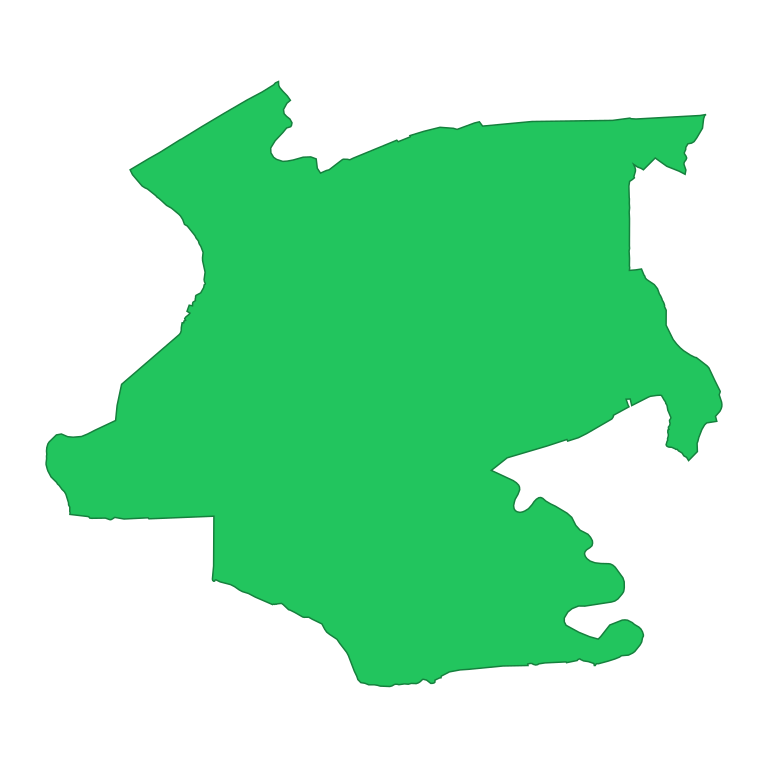 outline of Dolhasca, Suceava, Romania
{"feature_id": "2599482B12966285946055", "entity_name": "Dolhasca", "entity_type": "district", "adm_level": 2, "iso_a3": "ROU", "parent_name": "Romania", "parent_adm1": "Suceava", "projection": "equal_earth", "projection_center": [26.629, 47.417], "detail": "fine", "context": "isolated", "style": "filled", "palette": "green", "viewbox_px": 768, "rotation_deg": 0, "n_neighbors": 0, "source": "geoboundaries", "source_scale": "gbopen_adm2", "svg_char_len": 6088}
<svg xmlns="http://www.w3.org/2000/svg" viewBox="0 0 768 768"><path d="M130.1,169.8L132.5,174.7L142.1,186.0L144.9,187.8L147.4,188.9L156.0,195.8L156.8,196.9L159.1,198.5L166.6,205.4L171.4,208.1L178.9,214.3L180.5,216.0L182.7,219.5L184.5,224.4L187.3,226.0L195.0,235.7L196.2,238.2L198.3,240.8L199.2,243.8L200.9,246.5L203.1,252.4L202.5,257.8L202.6,260.7L205.1,272.2L204.1,279.5L204.4,281.5L205.3,283.4L205.1,284.2L204.2,284.8L203.7,287.5L200.7,292.9L196.1,295.3L195.6,296.1L195.6,297.4L195.2,299.3L195.5,300.2L195.2,300.7L193.0,302.2L192.6,303.4L192.5,305.8L189.2,305.2L187.0,311.3L190.0,313.1L188.9,314.5L186.0,316.8L184.7,318.5L184.7,318.8L185.6,320.2L184.0,321.0L183.7,322.8L182.1,322.8L181.3,327.6L181.2,330.9L180.3,333.3L179.1,334.7L121.6,384.3L117.1,405.5L115.6,420.5L94.8,430.3L87.6,434.0L81.5,436.5L73.1,437.2L67.7,436.7L61.4,434.0L56.4,434.9L49.2,441.9L47.9,443.9L46.8,447.6L46.5,451.1L46.8,454.5L46.5,456.0L46.6,458.8L46.1,462.8L46.1,464.6L47.2,468.9L48.0,471.2L51.1,477.0L56.6,482.4L57.5,484.0L59.2,485.5L62.0,489.4L64.4,491.7L65.9,494.3L68.5,502.7L68.6,504.9L69.8,507.2L69.8,511.5L70.1,512.6L69.9,514.4L87.7,516.5L88.7,516.7L89.8,518.1L91.7,518.3L105.4,518.1L109.6,519.6L110.7,519.7L111.6,519.4L114.8,517.4L124.0,519.0L148.1,517.8L148.9,518.8L213.9,516.2L213.6,566.0L212.4,579.1L212.7,580.4L213.6,581.2L214.6,581.1L215.1,580.1L215.9,579.8L220.2,581.9L230.6,584.6L234.5,586.6L239.2,589.9L242.4,591.6L248.5,593.5L255.3,597.1L272.6,604.6L273.6,604.1L274.8,604.4L275.9,604.0L276.3,604.2L277.6,603.8L281.5,603.4L283.1,604.5L288.6,609.7L290.3,610.2L294.7,612.4L302.7,617.0L304.1,617.3L308.7,617.2L312.2,619.2L321.9,623.9L324.8,629.4L326.7,632.1L329.6,634.4L337.0,639.3L339.7,643.3L346.7,652.4L348.4,655.6L354.3,671.1L356.8,676.3L357.9,679.6L360.8,682.6L365.0,683.3L368.7,684.8L374.4,684.8L377.5,685.3L380.2,686.1L389.8,686.5L392.0,685.9L394.2,684.6L395.6,684.2L397.4,684.3L398.9,684.7L404.4,683.9L408.4,684.2L411.2,683.4L416.3,683.6L418.5,682.8L420.3,681.6L422.6,679.4L423.4,679.3L426.6,680.1L430.8,683.4L432.8,683.3L434.1,682.9L434.9,682.2L435.0,680.1L439.6,677.9L441.0,677.8L441.3,676.1L449.4,671.9L460.1,669.9L468.9,669.3L502.9,666.0L528.0,665.5L527.7,664.0L530.2,663.4L532.4,663.6L533.1,664.3L535.7,665.0L537.8,664.6L538.6,663.9L545.0,662.9L566.0,661.9L566.5,662.7L577.2,660.5L578.0,659.5L579.8,658.8L580.6,659.5L583.6,660.9L588.3,661.6L593.9,663.5L594.3,665.5L595.2,665.5L596.4,663.7L598.6,663.7L607.9,661.2L615.1,658.9L619.5,657.1L621.5,655.7L628.5,655.1L632.8,653.0L634.8,651.5L640.1,644.9L641.7,642.0L642.5,637.9L643.4,636.1L643.4,634.8L642.5,631.8L640.9,629.0L638.9,627.1L634.5,624.5L632.3,622.6L627.6,620.2L625.0,619.9L622.2,620.1L609.8,625.0L600.7,636.6L598.2,639.1L589.6,636.7L578.9,632.3L566.1,625.3L564.3,621.8L564.3,618.0L567.8,612.1L572.1,608.6L578.6,606.0L584.9,606.1L611.5,602.0L614.9,601.0L618.0,598.9L622.3,593.8L623.6,591.7L624.0,589.8L624.3,587.4L624.2,581.8L622.9,577.8L615.2,567.2L612.9,565.2L610.5,564.0L608.6,563.7L600.9,563.5L595.0,562.8L590.2,561.1L587.0,558.7L585.3,556.4L584.5,553.9L585.0,551.8L586.5,549.9L590.1,547.5L592.0,545.7L592.6,543.2L592.4,540.8L590.6,537.4L588.0,534.3L580.1,530.2L575.8,525.4L571.8,517.4L567.1,513.2L555.4,506.2L550.6,503.9L545.9,501.1L542.7,498.3L540.8,497.5L538.8,497.7L536.4,499.2L534.1,501.6L532.2,504.5L528.5,508.7L525.0,510.9L522.6,511.9L520.0,512.4L517.2,511.8L515.3,510.6L514.1,508.7L513.6,505.7L514.3,502.3L515.1,499.4L518.0,494.3L519.7,489.8L519.5,487.1L518.7,485.2L516.4,482.8L513.2,480.6L491.3,470.4L507.2,457.8L547.4,445.9L566.9,439.5L567.7,441.1L578.4,437.7L586.6,433.6L611.8,419.0L613.0,417.3L613.5,416.0L613.4,415.3L629.0,406.8L628.1,405.1L626.1,399.2L630.2,399.0L631.7,405.6L648.4,397.1L650.4,396.3L656.8,395.4L660.4,395.2L661.5,395.5L664.3,400.3L665.5,401.9L665.7,403.2L667.0,405.4L667.8,410.1L670.9,417.5L670.7,418.5L669.5,420.3L669.7,422.2L670.1,423.2L669.7,425.3L668.4,427.1L668.5,428.6L669.0,429.4L667.9,430.0L667.8,432.4L668.3,434.3L668.3,436.0L667.5,438.7L667.7,440.4L667.1,441.2L666.1,444.8L666.7,446.0L667.6,446.6L668.9,447.1L671.7,447.3L674.9,448.7L675.9,449.4L677.2,449.3L678.5,450.9L680.3,451.9L682.2,453.2L683.8,455.8L686.6,457.4L688.6,460.6L697.4,451.6L697.1,443.3L697.9,441.2L698.8,437.5L701.9,429.5L704.6,424.9L706.7,422.9L716.8,421.3L715.5,416.3L719.9,411.3L721.2,408.7L721.8,406.6L721.9,404.5L721.6,402.1L719.2,394.8L720.2,391.8L720.1,391.1L714.7,380.2L708.9,367.9L707.2,366.0L696.4,357.6L694.8,357.3L690.2,355.0L683.6,350.7L680.2,347.8L676.7,344.1L673.2,339.6L666.1,325.2L666.2,310.2L664.5,306.6L664.6,305.4L664.3,304.3L663.6,302.4L662.2,300.0L661.9,298.7L660.6,295.9L659.4,294.0L657.5,288.7L654.3,284.6L646.7,279.5L645.3,277.9L644.8,276.1L644.0,275.1L641.5,269.0L635.6,269.9L629.4,270.4L629.7,267.6L629.4,265.9L629.5,258.3L629.1,251.0L629.6,248.4L629.4,245.8L629.5,218.4L629.2,212.1L629.6,207.9L629.3,203.5L629.4,198.7L629.2,197.6L628.9,186.0L629.6,181.4L632.3,179.6L634.4,177.8L633.9,176.5L635.4,171.3L635.5,169.8L635.0,167.5L633.6,164.3L637.5,167.0L641.0,168.3L643.4,169.8L655.2,158.0L666.8,166.3L679.1,171.2L685.1,174.3L685.9,170.0L684.0,164.4L684.0,163.1L684.5,161.8L686.0,159.8L686.7,158.0L685.9,155.9L684.5,153.9L684.3,152.7L685.7,149.6L685.8,147.4L687.9,143.8L691.6,143.1L694.1,141.6L696.7,138.0L702.5,128.2L703.6,118.8L704.7,115.5L706.0,114.5L700.1,115.5L636.0,119.0L631.2,118.7L629.9,118.1L612.6,120.4L532.0,121.5L482.6,126.1L479.4,121.8L474.4,123.0L457.1,129.4L453.4,128.3L440.0,127.3L423.9,131.3L411.2,135.2L409.9,135.6L410.4,136.5L410.1,136.9L398.2,141.7L396.8,140.2L353.1,158.2L349.8,159.8L347.4,159.3L343.2,159.2L342.1,159.8L329.1,169.8L326.4,170.5L320.5,173.1L317.3,168.3L316.2,158.9L310.8,156.9L303.1,157.2L293.2,160.0L287.2,161.1L282.8,161.4L276.6,159.4L273.6,157.3L270.9,152.8L270.7,148.0L275.2,140.7L283.0,132.4L286.6,128.0L290.7,126.7L291.5,125.4L292.0,122.8L289.9,119.0L286.6,116.4L284.1,113.7L283.5,109.5L286.9,103.3L290.4,100.3L287.4,96.0L282.7,91.1L279.6,87.4L278.7,85.2L278.5,81.5L275.4,82.9L273.7,84.8L262.1,92.0L247.4,99.8L225.2,112.7L202.2,126.4L180.9,139.5L180.5,139.5L159.7,152.5L148.7,158.7L130.1,169.8Z" fill="#22c55e" stroke="#15803d" stroke-width="1.5"/></svg>